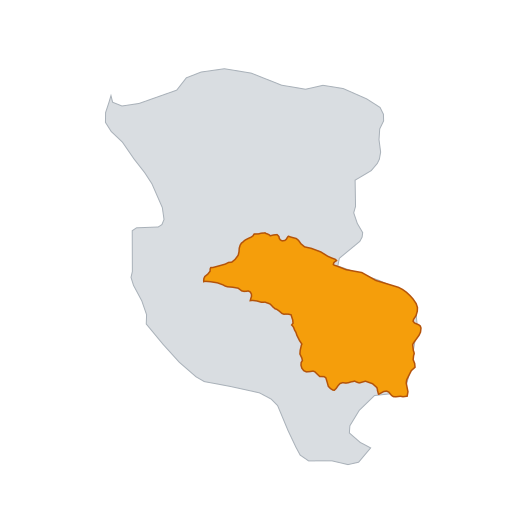 Southern highlighted on a map of Rwanda, rotated 285°
{"feature_id": "RWA-3491", "entity_name": "Southern", "entity_type": "Province", "adm_level": 1, "iso_a3": "RWA", "parent_name": "Rwanda", "parent_adm1": "", "projection": "robinson", "projection_center": [29.673, -2.278], "detail": "fine", "context": "in_parent", "style": "filled", "palette": "amber", "viewbox_px": 512, "rotation_deg": 285, "n_neighbors": 0, "source": "natural_earth", "source_scale": "10m", "svg_char_len": 3854}
<svg xmlns="http://www.w3.org/2000/svg" viewBox="0 0 512 512"><g transform="rotate(285 256 256)"><path d="M203.0,140.8L209.0,140.6L248.4,129.9L252.3,133.3L258.7,154.0L262.0,157.0L267.5,157.7L278.5,153.0L298.8,136.8L307.7,126.9L318.1,113.1L331.4,97.5L338.8,83.9L346.1,76.0L355.6,73.6L366.1,74.2L373.4,74.4L367.4,77.7L366.2,87.7L373.1,103.6L395.7,136.5L410.1,142.6L419.5,155.4L428.7,177.0L431.4,204.0L427.6,236.5L429.9,260.7L438.2,276.5L440.3,297.0L436.4,322.3L431.6,337.4L425.9,342.4L419.5,344.3L410.8,342.6L400.2,344.7L388.6,349.5L381.4,350.1L376.8,349.2L368.3,345.2L354.9,332.1L329.7,339.3L323.0,339.2L313.7,345.4L306.2,353.0L301.7,353.6L297.0,352.5L275.4,337.1L267.5,337.6L264.3,380.9L260.6,404.9L256.2,415.6L240.7,425.9L225.1,431.8L216.6,431.4L182.3,434.6L168.9,434.6L161.5,431.1L151.9,406.6L133.7,395.7L116.3,390.6L109.2,392.0L102.9,404.9L100.3,416.4L83.4,408.5L78.3,398.8L77.8,382.3L71.7,359.8L75.1,350.2L81.7,344.0L95.7,332.1L117.1,315.6L121.7,307.7L124.7,294.7L123.3,264.2L121.3,238.5L123.8,229.3L133.5,209.4L146.6,189.1L161.9,167.6L171.0,165.5L183.1,157.3L195.9,145.3L203.0,140.8Z" fill="#d9dde1" stroke="#a8b0b8" stroke-width="1"/><path d="M272.4,335.0L271.1,333.8L269.7,332.9L267.8,332.9L267.3,334.1L267.3,336.0L266.1,346.6L267.4,362.5L263.4,378.1L262.7,399.3L262.6,401.7L261.6,406.2L259.9,410.7L257.6,415.0L255.2,418.7L251.5,423.0L248.0,425.3L244.4,426.1L239.8,426.0L235.7,424.6L233.6,424.6L232.3,426.5L231.7,430.9L230.9,432.8L229.1,434.0L225.0,434.6L221.6,434.0L214.0,431.1L212.0,430.4L210.7,430.3L205.3,432.5L203.9,433.5L202.5,434.1L200.6,434.0L196.6,434.6L193.2,437.1L189.7,438.4L185.5,435.7L178.9,434.3L175.3,433.6L172.1,434.0L164.2,437.9L159.7,438.3L158.1,434.4L157.9,431.8L156.2,427.5L155.7,425.1L156.4,423.0L158.9,419.5L159.3,417.1L158.2,414.5L154.2,410.3L154.2,410.1L157.6,408.1L158.5,407.8L160.2,406.8L162.8,401.6L163.4,394.1L161.3,390.6L160.3,389.0L160.1,387.6L160.3,385.6L160.7,383.6L159.9,382.3L159.0,380.3L157.6,378.2L156.5,375.7L156.1,372.5L154.6,370.2L152.2,368.9L148.8,367.7L146.6,366.4L146.4,365.0L147.2,362.3L148.8,359.6L152.7,357.3L156.4,355.0L157.1,353.1L156.6,350.8L156.1,348.8L157.6,346.0L159.4,342.8L159.6,340.9L158.3,338.0L157.1,334.6L157.6,331.8L159.5,329.3L162.2,327.7L164.9,327.2L167.0,327.9L169.3,326.7L172.7,323.8L176.4,323.1L179.6,323.0L181.7,322.9L182.8,323.1L185.5,320.0L190.0,316.0L192.5,314.4L194.5,312.4L196.8,310.8L197.9,309.5L198.6,308.3L199.6,308.7L200.7,309.2L202.1,308.6L203.6,308.1L204.8,307.3L206.8,306.0L208.3,305.1L208.2,302.3L207.5,299.4L207.0,298.1L207.2,296.0L208.9,292.5L209.9,289.7L209.9,288.1L210.6,286.8L211.0,285.8L211.9,284.4L213.2,282.2L213.5,280.2L213.6,278.4L213.8,276.7L213.3,275.3L212.7,273.0L212.8,268.6L212.2,264.1L211.4,262.0L213.2,262.0L216.0,262.1L218.1,261.4L219.8,259.7L220.2,257.5L219.4,255.8L218.7,253.5L218.6,251.2L219.3,249.6L220.3,247.0L219.8,241.5L218.9,236.4L219.0,233.9L219.6,231.5L220.1,225.7L219.4,218.8L218.7,215.0L218.2,212.9L217.7,212.2L218.8,211.8L220.9,211.5L223.0,211.9L226.0,214.1L229.4,215.6L231.7,215.1L233.1,215.3L233.7,217.3L235.6,220.6L238.0,224.7L240.2,228.4L242.7,231.2L243.7,234.1L247.1,236.6L252.1,238.6L255.6,238.5L259.3,237.8L262.4,237.9L264.7,238.6L265.9,239.6L267.4,240.5L268.7,241.5L269.9,242.8L271.4,244.5L273.1,246.6L274.9,248.0L276.3,248.3L276.8,248.6L276.7,248.9L277.1,249.6L277.6,251.4L278.1,252.9L278.5,253.6L279.0,254.4L279.6,255.7L280.1,257.3L280.7,258.8L280.3,259.7L280.3,260.1L280.3,260.9L280.1,262.2L279.8,263.5L279.2,264.5L280.9,267.6L282.1,270.8L281.2,272.4L280.6,273.2L279.1,273.9L277.8,275.4L277.4,277.4L278.5,279.9L280.1,281.0L280.9,281.1L281.9,281.5L283.1,281.9L283.5,282.3L283.3,284.3L283.3,288.1L283.3,290.4L282.1,293.0L279.4,296.3L277.4,300.6L277.7,307.5L276.7,317.6L274.5,324.8L274.4,325.1L274.3,325.5L273.7,329.4L273.3,333.4L273.0,333.9L272.8,334.5L272.4,335.0Z" fill="#f59e0b" stroke="#b45309" stroke-width="1.5"/></g></svg>